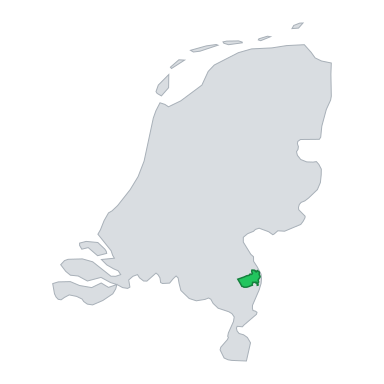 Horst aan de Maas, Limburg, Netherlands (highlighted)
{"feature_id": "6326949B10328285292362", "entity_name": "Horst aan de Maas", "entity_type": "district", "adm_level": 2, "iso_a3": "NLD", "parent_name": "Netherlands", "parent_adm1": "Limburg", "projection": "orthographic", "projection_center": [6.076, 51.451], "detail": "fine", "context": "in_parent", "style": "filled", "palette": "green", "viewbox_px": 384, "rotation_deg": 0, "n_neighbors": 0, "source": "geoboundaries", "source_scale": "gbopen_adm2", "svg_char_len": 5155}
<svg xmlns="http://www.w3.org/2000/svg" viewBox="0 0 384 384"><path d="M246.4,361.0L238.9,360.7L231.8,360.4L228.1,359.8L224.1,358.0L222.3,354.4L220.1,349.9L220.8,347.2L227.4,339.6L228.4,337.4L227.7,336.3L228.4,332.9L233.5,321.5L234.2,316.9L231.9,313.6L228.7,311.7L218.1,308.2L213.1,303.4L210.8,299.2L208.5,298.0L205.0,299.4L196.3,300.8L189.2,298.5L180.9,290.5L179.1,283.4L178.1,277.9L176.1,276.0L173.2,278.7L169.6,283.1L162.5,283.5L160.6,282.5L160.3,280.0L159.9,277.7L158.0,274.7L156.0,273.1L146.9,281.1L143.6,281.0L139.5,277.8L137.5,274.6L132.9,276.3L128.7,280.0L129.9,287.1L127.7,288.4L122.6,287.6L116.9,284.5L110.6,282.6L101.0,277.4L87.4,281.0L78.2,276.0L70.4,275.2L65.7,271.3L60.7,264.7L64.5,260.6L68.1,259.3L82.4,258.9L92.7,261.8L110.9,276.2L115.7,276.3L120.7,274.6L118.2,270.8L113.6,268.8L106.8,264.9L101.4,259.5L114.4,258.2L112.7,255.4L111.1,250.7L97.9,234.2L100.4,229.9L104.1,220.6L108.5,212.9L112.0,210.9L117.7,205.5L130.2,189.6L138.1,176.6L144.1,161.1L153.3,118.1L155.9,110.8L160.0,102.8L164.9,104.4L168.4,106.8L180.7,100.9L201.9,85.1L208.2,71.4L214.3,65.0L238.3,52.7L251.6,48.9L271.9,47.9L286.6,45.6L304.3,44.7L311.1,52.3L315.1,57.9L321.5,61.0L331.3,63.0L330.9,74.2L331.3,96.2L330.6,100.1L326.3,109.5L321.8,126.2L320.7,137.2L319.3,139.3L300.5,139.5L297.8,141.4L297.4,143.8L298.4,146.6L298.0,149.4L296.5,151.7L297.4,155.3L300.7,159.5L306.7,161.9L313.1,162.1L316.4,161.6L318.9,164.5L321.3,169.1L321.2,174.8L320.4,182.5L317.4,189.6L308.7,197.9L304.8,200.9L301.1,202.4L299.3,204.5L298.5,207.3L298.7,209.7L305.1,216.2L305.0,217.8L303.2,221.2L300.8,224.4L284.6,231.2L277.8,230.8L274.0,234.1L272.8,234.7L268.6,231.7L259.1,228.2L255.5,229.4L253.5,231.3L247.6,233.7L243.3,237.3L243.3,242.1L250.8,254.3L253.5,256.7L253.6,261.3L257.3,267.0L261.1,274.2L261.5,278.8L261.1,283.4L259.1,290.0L252.5,305.3L252.4,308.3L253.0,310.5L255.3,311.1L257.0,312.3L256.5,314.3L244.0,325.0L242.4,326.8L237.2,326.3L236.4,328.1L237.1,331.0L239.1,333.5L243.6,334.8L247.4,337.5L250.5,342.8L246.4,361.0ZM116.9,284.5L115.7,288.9L112.8,293.8L102.8,300.5L92.6,304.9L87.3,304.1L83.8,301.6L82.0,299.0L76.6,296.4L69.2,294.9L64.5,297.4L61.1,299.8L58.2,299.3L56.1,297.1L54.5,293.8L52.7,283.6L58.3,281.9L70.3,281.6L79.5,285.5L91.7,287.6L101.2,283.0L108.5,287.4L116.9,284.5ZM97.8,242.5L104.8,249.1L106.2,251.2L106.7,253.4L97.6,255.7L88.2,247.6L81.8,249.2L79.6,245.4L79.6,243.1L86.2,241.4L97.8,242.5ZM168.6,87.7L161.4,95.9L157.2,93.5L156.0,91.6L158.3,85.1L168.8,74.5L168.6,87.7ZM200.0,51.2L193.4,52.0L190.5,50.3L206.3,45.9L216.2,44.5L218.0,45.2L200.0,51.2ZM242.3,42.8L228.5,44.7L223.8,43.2L223.0,41.9L226.8,41.1L238.6,40.9L242.2,42.1L242.3,42.8ZM184.6,60.1L171.5,68.5L170.4,67.2L178.9,59.8L184.6,60.1ZM298.5,28.1L292.0,28.6L293.8,25.4L299.8,23.1L303.0,23.0L298.5,28.1ZM270.5,36.7L260.7,40.7L258.3,39.9L258.9,38.8L267.5,36.2L270.5,36.7Z" fill="#d9dde1" stroke="#a8b0b8" stroke-width="1"/><path d="M241.9,286.4L243.1,286.6L243.9,287.2L245.0,287.2L246.2,287.2L247.5,287.0L248.3,286.7L248.6,286.6L249.0,286.5L250.1,286.0L250.4,285.9L252.1,285.2L252.3,285.2L252.2,284.9L252.2,284.7L252.2,284.4L252.3,284.3L252.3,284.2L252.3,283.9L252.6,283.5L252.6,283.1L252.6,282.5L252.6,282.4L252.9,282.2L253.2,282.3L254.2,282.4L254.4,282.4L254.7,282.3L254.8,282.3L255.0,282.3L255.1,282.2L255.3,282.2L255.5,282.2L255.6,282.4L255.7,282.5L255.8,282.6L255.9,282.8L256.0,282.8L256.3,282.9L256.3,283.0L256.6,282.9L256.7,283.0L256.8,282.8L256.9,283.0L257.0,283.2L257.2,284.6L257.2,285.0L257.3,285.2L257.3,285.3L257.7,285.2L257.8,285.2L258.0,285.2L258.1,284.9L258.0,284.6L258.0,284.3L257.9,284.1L257.9,283.9L257.9,283.7L257.9,283.3L258.0,283.1L258.0,282.9L258.2,282.7L258.4,282.5L258.4,282.4L258.5,282.3L258.5,282.1L258.6,281.7L258.4,281.2L258.2,280.4L258.2,280.2L258.3,279.9L258.3,279.7L258.4,279.4L258.5,279.3L258.6,279.1L258.7,278.9L258.8,278.9L259.0,278.5L259.1,278.4L259.4,278.0L259.7,277.7L259.8,277.5L259.9,277.4L260.0,277.1L260.0,276.9L260.1,276.6L260.0,276.4L260.0,276.2L259.8,275.7L259.7,275.6L259.6,275.3L259.5,275.1L259.4,275.1L259.3,274.8L259.3,274.7L259.2,274.6L259.2,274.4L259.1,274.2L259.2,273.9L259.2,273.7L259.3,273.5L259.3,273.3L259.3,273.2L259.4,272.9L259.4,272.7L259.3,272.4L259.3,272.2L259.2,272.0L259.1,271.9L258.9,271.7L258.7,271.5L258.6,271.4L258.3,271.2L258.0,271.1L257.9,271.0L257.7,271.0L257.6,270.9L257.3,270.6L257.1,270.9L256.9,271.2L256.8,271.3L256.6,271.6L256.4,271.3L256.2,271.2L256.2,271.4L256.0,271.6L255.9,271.7L255.7,271.5L255.5,271.3L255.4,271.2L254.8,270.8L254.8,270.7L254.8,270.4L254.6,270.3L254.5,270.2L254.4,270.2L254.3,270.3L254.2,270.3L253.9,270.3L253.8,270.2L253.3,270.1L253.1,270.2L252.8,270.2L252.7,270.1L252.3,270.1L251.9,270.1L251.7,271.0L251.8,272.0L252.1,272.5L252.4,273.5L252.1,274.1L251.9,274.3L252.0,274.3L251.9,274.3L251.7,274.3L251.4,274.4L251.2,274.2L250.9,274.2L250.7,274.2L250.4,274.1L250.2,274.2L250.2,274.3L249.9,274.3L249.9,274.5L249.7,274.6L249.6,274.8L249.5,275.0L249.4,275.0L249.2,275.3L248.9,275.3L248.7,275.3L248.1,275.6L247.9,275.6L247.7,275.6L247.4,275.6L247.2,275.7L246.8,275.8L246.5,275.8L245.4,276.4L243.5,277.2L241.7,277.8L241.3,278.0L240.9,278.1L237.8,279.2L240.8,284.3L241.9,286.4Z" fill="#22c55e" stroke="#15803d" stroke-width="1.5"/></svg>